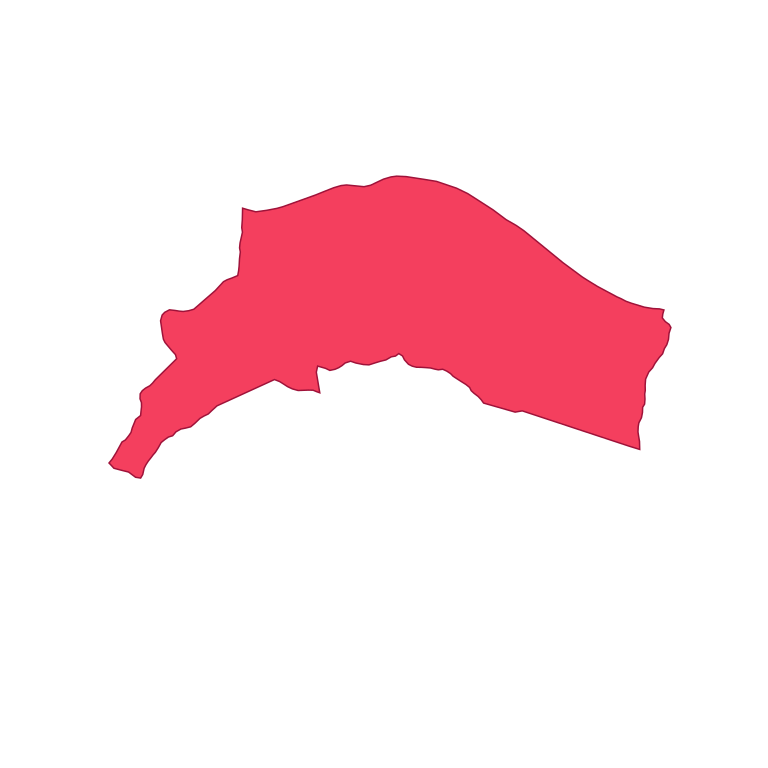 Ilha Solteira, São Paulo, Brazil (Albers equal-area conic projection), rotated 46°
{"feature_id": "56859067B71578707169668", "entity_name": "Ilha Solteira", "entity_type": "district", "adm_level": 2, "iso_a3": "BRA", "parent_name": "Brazil", "parent_adm1": "São Paulo", "projection": "albers", "projection_center": [-51.268, -20.481], "detail": "fine", "context": "isolated", "style": "filled", "palette": "rose", "viewbox_px": 768, "rotation_deg": 46, "n_neighbors": 0, "source": "geoboundaries", "source_scale": "gbopen_adm2", "svg_char_len": 2642}
<svg xmlns="http://www.w3.org/2000/svg" viewBox="0 0 768 768"><g transform="rotate(46 384 384)"><path d="M282.6,624.4L281.5,620.4L278.0,615.1L276.7,611.4L275.7,607.1L275.2,603.2L274.6,599.5L274.3,595.9L273.0,590.5L271.3,585.0L271.7,580.4L272.4,575.9L274.4,572.0L273.9,566.8L275.3,561.4L277.8,557.5L280.5,552.8L280.9,546.9L280.9,540.2L282.0,535.7L283.5,531.2L283.5,526.4L283.7,519.3L304.7,459.7L309.7,457.4L314.1,456.3L318.9,455.2L323.9,453.3L329.0,450.3L335.7,442.8L339.2,439.3L342.5,437.9L345.7,436.3L328.5,424.5L325.0,419.3L332.1,415.2L336.6,413.5L339.4,409.0L340.8,405.2L341.6,401.4L341.9,397.3L344.4,392.2L349.3,389.7L355.7,385.3L359.8,381.5L362.6,375.8L365.1,370.9L368.0,365.9L369.5,359.9L371.9,356.3L372.4,352.2L376.7,351.2L380.8,352.5L386.8,352.7L390.8,351.3L394.5,349.0L397.8,345.7L401.3,342.5L404.8,339.4L408.6,337.1L411.5,335.1L414.2,331.5L418.3,329.9L422.7,328.9L426.6,328.9L430.9,327.9L436.0,326.7L441.2,325.4L446.0,324.8L449.3,325.9L453.2,325.7L458.4,324.9L462.8,325.0L466.9,325.6L495.3,309.2L497.4,306.1L499.4,303.2L599.1,250.8L608.7,245.5L602.8,240.1L598.3,237.0L594.9,234.6L591.3,230.8L589.0,227.7L587.1,222.2L584.0,217.8L580.4,214.1L579.5,210.5L576.2,206.8L572.3,203.4L570.1,200.5L566.4,197.1L562.2,192.4L559.3,185.2L558.9,179.5L557.4,174.8L556.1,167.5L555.8,162.6L553.3,157.7L552.2,153.3L549.5,148.3L545.5,143.7L542.7,138.4L539.3,137.5L534.5,138.3L529.8,137.9L527.3,134.8L525.2,131.2L521.4,133.6L516.6,138.1L509.5,143.4L497.8,149.9L492.5,152.5L487.3,154.2L482.9,156.0L462.0,162.7L450.7,165.6L444.8,167.0L441.3,167.6L421.0,171.0L370.9,176.9L362.0,178.7L350.6,182.0L334.4,184.6L305.2,191.5L293.5,195.8L274.7,205.5L264.9,212.8L250.2,224.0L243.3,230.5L239.9,235.1L236.3,242.0L231.7,255.6L228.2,261.3L214.8,272.7L211.4,277.1L207.9,283.8L204.3,292.5L200.5,301.9L186.1,333.8L183.3,339.0L177.6,347.7L171.1,356.6L167.8,358.6L164.1,360.9L159.3,363.6L167.5,371.9L172.7,377.7L176.5,380.4L179.8,385.4L182.5,389.5L185.8,393.4L189.2,395.6L193.5,400.9L198.7,406.5L201.6,410.0L204.4,413.9L202.1,419.8L200.0,424.5L198.9,428.4L199.6,440.5L198.1,468.9L195.6,473.6L192.3,478.1L189.3,480.7L186.1,483.1L181.6,486.8L180.1,492.0L180.3,495.7L183.3,500.8L188.6,504.6L194.0,508.5L198.6,511.6L202.1,512.7L206.3,513.0L212.0,513.4L218.0,513.6L221.8,515.6L222.1,545.6L222.6,549.9L222.6,553.6L221.3,558.4L220.9,562.5L221.7,566.2L225.2,569.8L228.9,571.4L232.0,574.3L234.8,577.7L237.6,581.0L237.0,587.3L238.8,591.3L240.7,595.6L243.1,599.6L243.9,603.5L244.6,608.9L243.7,612.8L245.0,616.9L247.3,624.2L249.2,631.7L249.8,636.7L253.3,636.7L257.0,636.8L263.8,632.7L269.9,628.9L278.5,627.5L282.6,624.4Z" fill="#f43f5e" stroke="#9f1239" stroke-width="1.5"/></g></svg>